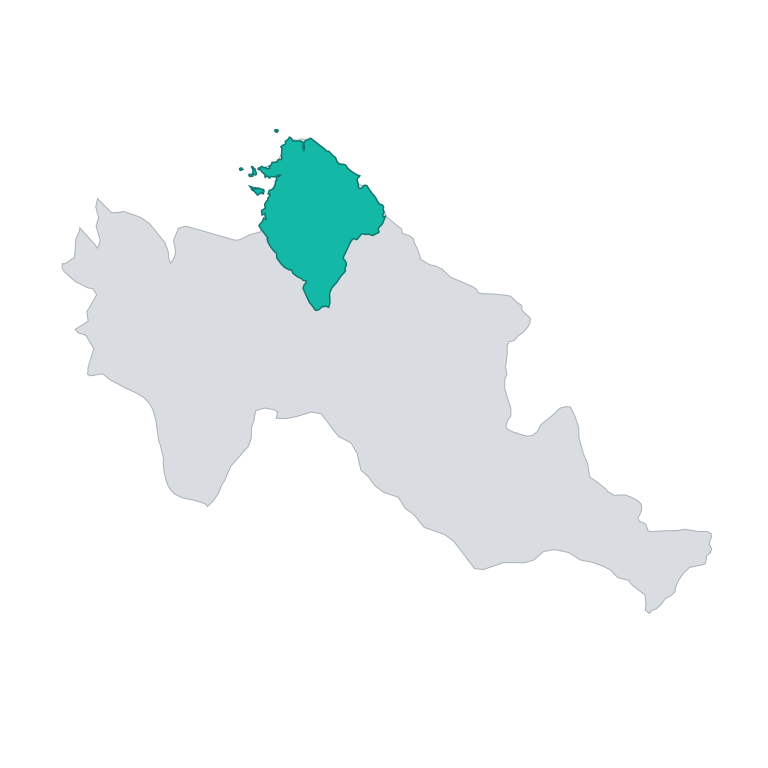 where P'yŏngan-bukto sits in North Korea, rotated 81°
{"feature_id": "PRK-3312", "entity_name": "P'yŏngan-bukto", "entity_type": "Province", "adm_level": 1, "iso_a3": "PRK", "parent_name": "North Korea", "parent_adm1": "", "projection": "orthographic", "projection_center": [125.079, 40.04], "detail": "fine", "context": "in_parent", "style": "filled", "palette": "teal", "viewbox_px": 768, "rotation_deg": 81, "n_neighbors": 0, "source": "natural_earth", "source_scale": "10m", "svg_char_len": 8603}
<svg xmlns="http://www.w3.org/2000/svg" viewBox="0 0 768 768"><g transform="rotate(81 384 384)"><path d="M477.3,577.6L474.3,579.4L469.4,589.0L464.9,601.0L460.3,607.6L455.0,611.4L449.2,613.7L437.5,615.0L427.0,614.5L423.5,613.3L409.0,614.5L404.9,615.4L384.0,615.0L373.2,616.3L366.3,618.7L359.3,623.7L353.4,631.1L348.2,639.0L337.5,653.3L329.9,660.4L330.0,670.3L329.9,673.4L327.3,675.5L326.3,674.6L321.8,673.9L303.8,665.1L289.2,670.9L285.6,678.1L281.7,680.5L275.7,666.4L266.1,666.1L250.9,653.8L244.4,656.4L242.7,661.4L234.5,672.9L222.9,682.4L219.1,683.7L214.8,683.0L215.4,680.4L210.6,669.8L192.2,665.5L185.6,661.0L182.2,660.0L200.2,648.2L204.9,646.0L201.4,643.3L197.5,641.9L182.8,643.7L175.1,639.8L163.9,641.0L156.1,637.9L172.3,626.3L173.0,619.5L172.8,614.3L181.0,598.8L189.2,590.3L210.3,578.2L219.5,576.5L226.1,576.9L231.6,575.8L225.8,571.1L220.2,569.0L209.3,569.5L198.0,562.6L197.0,555.2L218.7,508.6L219.0,504.4L215.6,493.1L214.4,482.1L198.9,475.8L192.0,475.0L172.1,462.6L164.1,456.3L161.0,458.1L160.4,468.1L157.5,470.3L152.3,472.2L149.7,460.8L145.5,452.5L132.4,444.1L127.7,439.4L130.0,429.5L128.9,428.6L131.1,417.5L139.2,408.9L159.0,393.6L164.1,386.5L174.1,378.0L178.6,378.2L183.2,377.5L184.6,373.8L185.7,370.9L189.7,368.2L199.2,363.6L210.1,357.4L218.8,355.6L229.4,346.4L233.7,342.3L238.0,342.3L239.2,340.4L241.6,335.6L245.0,332.4L249.6,331.8L257.3,329.5L266.9,328.0L273.4,320.2L275.5,314.6L279.8,308.5L288.9,301.7L295.0,291.8L301.8,281.1L305.1,277.6L308.4,276.9L310.2,272.8L312.3,261.5L315.3,250.4L317.1,245.2L324.9,239.4L326.9,236.6L328.7,235.6L332.4,236.3L337.3,232.9L341.9,229.1L346.2,230.3L350.6,233.3L355.3,239.3L357.4,244.1L361.1,248.0L361.9,253.9L365.6,256.4L373.2,257.5L385.8,261.2L393.9,261.2L398.6,264.1L408.3,265.5L427.5,262.5L435.4,263.7L438.9,267.2L443.9,270.0L447.0,270.1L451.1,264.9L455.4,256.5L458.1,250.1L457.8,245.2L455.0,239.9L448.5,235.2L444.1,227.6L439.8,219.8L437.4,217.3L435.4,213.5L434.8,207.6L436.0,203.5L445.5,200.5L457.6,198.5L467.6,199.8L484.0,198.0L494.0,195.4L501.6,195.4L508.5,195.1L511.4,191.6L520.6,182.9L525.2,179.8L530.0,174.0L530.5,168.2L531.3,163.4L533.9,158.3L538.7,151.8L542.8,148.8L547.6,148.9L552.7,151.5L556.1,154.2L559.6,153.2L562.4,148.2L564.3,147.1L570.0,146.4L571.6,143.3L573.0,128.9L574.6,117.5L574.6,109.5L579.0,96.2L580.1,88.2L582.9,84.3L586.4,84.4L589.5,86.6L593.3,87.7L598.1,86.2L601.6,88.0L604.0,92.1L611.5,94.6L612.3,96.7L613.0,110.9L617.4,117.4L623.1,123.1L630.8,128.1L634.8,129.1L637.4,132.9L640.0,139.5L645.7,145.7L648.7,150.3L649.6,155.3L652.2,157.9L648.2,161.3L642.6,159.8L633.3,159.2L622.2,169.7L615.9,173.5L611.9,183.3L603.0,189.6L598.3,195.9L592.4,206.8L588.7,217.2L579.3,228.1L574.2,241.5L574.4,252.7L581.4,263.8L582.5,273.5L579.1,293.8L582.8,315.0L580.4,323.5L550.2,339.7L542.4,347.3L531.9,366.8L518.3,374.5L509.9,382.6L498.1,387.6L490.9,401.3L482.8,409.1L472.9,414.1L465.5,420.3L448.7,421.3L436.9,425.8L428.7,437.2L403.5,450.7L400.3,460.4L402.4,475.1L402.9,486.5L400.9,495.9L395.2,493.4L392.2,496.5L389.1,505.3L390.3,515.1L399.2,518.0L406.6,521.8L416.8,523.6L424.5,527.9L441.2,548.2L454.7,556.8L458.2,560.1L465.9,564.4L473.1,571.3L477.3,577.6ZM175.2,481.0L170.4,484.2L170.1,478.5L173.9,473.7L177.8,473.1L175.2,481.0Z" fill="#d9dde1" stroke="#a8b0b8" stroke-width="1"/><path d="M218.5,358.8L218.8,357.9L218.6,356.5L218.6,356.4L224.6,359.9L225.3,360.4L226.1,361.2L228.8,364.7L229.4,365.2L230.3,365.5L231.0,365.5L232.4,365.1L233.0,365.1L233.6,365.5L233.9,366.3L234.4,368.8L234.6,369.2L235.2,370.6L235.4,371.2L235.4,371.8L235.3,372.4L235.1,373.0L234.8,373.6L233.9,375.2L233.8,375.5L233.7,375.6L233.4,378.8L233.2,379.4L232.6,380.7L232.4,381.3L232.4,381.9L232.5,382.5L232.7,383.1L233.0,383.6L236.5,387.4L236.9,387.9L237.0,388.5L236.9,389.1L236.5,389.7L236.1,390.2L235.8,390.8L235.7,391.4L236.0,392.1L236.6,392.9L239.4,395.5L249.3,402.1L250.7,403.3L251.4,403.8L252.2,404.1L253.4,404.3L254.3,404.2L254.9,404.0L256.1,403.2L257.3,402.7L258.5,402.4L259.8,402.4L260.5,402.5L261.3,402.8L262.3,403.6L263.2,404.2L264.3,404.4L265.4,404.4L266.0,404.4L266.7,404.8L268.2,406.4L270.5,409.5L276.2,414.7L279.9,419.3L281.1,420.6L284.9,423.0L286.7,423.7L294.6,424.6L296.3,425.1L299.6,426.6L298.5,428.5L298.4,428.6L298.2,429.4L298.1,430.7L298.0,432.1L298.1,432.7L298.3,433.3L300.2,436.4L300.5,437.1L300.6,437.7L300.7,438.4L300.7,439.1L300.6,439.8L300.1,440.4L299.2,441.0L297.3,441.7L291.3,445.1L277.7,448.8L277.0,448.9L276.4,448.8L275.7,448.6L275.2,448.3L274.0,447.5L273.4,447.1L271.4,444.8L270.9,444.6L270.4,444.6L269.8,445.3L269.5,445.9L269.3,446.6L269.2,447.2L269.1,447.6L268.9,447.8L268.4,448.2L267.3,448.8L266.3,449.9L265.3,451.7L264.6,452.6L263.0,454.1L261.4,455.8L260.8,456.3L260.1,456.7L257.4,457.3L256.9,457.8L256.7,458.2L256.7,458.6L256.7,458.9L256.5,459.5L256.1,460.3L253.3,464.0L249.2,466.9L244.0,469.6L242.5,470.1L241.0,470.0L239.2,469.7L238.5,469.8L237.8,470.0L236.1,471.5L231.7,474.1L226.7,476.2L222.2,476.9L222.2,477.1L221.6,475.6L220.3,476.6L211.4,481.4L209.5,482.0L208.8,482.5L208.0,482.7L207.2,482.2L205.0,479.4L204.6,479.1L203.8,478.1L202.3,477.7L201.5,476.9L202.7,474.9L196.9,474.9L197.2,475.6L197.8,477.3L198.1,478.0L194.3,478.0L193.4,477.7L193.2,477.2L193.1,476.4L192.8,475.7L192.3,474.8L192.1,474.1L191.8,473.6L190.7,473.5L189.4,473.8L188.6,473.8L187.5,473.5L186.8,473.0L184.9,471.3L184.6,470.7L184.3,470.0L183.7,469.8L182.9,469.8L182.2,469.6L179.8,467.0L178.9,466.9L178.1,468.8L177.1,468.0L175.9,467.6L174.9,467.0L174.2,463.7L173.2,462.3L171.9,461.2L170.5,460.4L169.1,459.9L167.2,459.6L166.5,459.3L166.2,458.3L163.7,458.1L162.8,457.4L162.5,454.8L161.6,453.5L161.1,454.7L161.1,455.8L161.4,456.8L161.9,457.7L162.4,459.0L162.0,460.2L161.9,461.6L161.4,462.6L161.5,463.7L162.5,464.1L162.2,465.8L161.1,465.9L160.2,466.6L160.6,467.7L161.4,468.9L160.6,469.2L159.0,468.6L157.2,469.7L155.5,471.4L153.2,472.5L152.5,474.4L152.2,474.9L151.0,474.1L151.1,473.6L151.2,473.3L151.5,472.5L150.9,472.4L150.6,472.2L150.4,471.8L149.9,470.6L151.5,468.8L151.8,466.8L152.9,466.1L153.3,464.5L153.1,463.0L152.5,462.9L151.8,463.4L151.1,463.4L150.8,462.9L150.2,461.6L149.9,461.0L149.1,460.5L148.4,460.3L147.8,460.0L147.6,459.1L147.7,458.1L148.1,456.4L148.2,455.3L147.8,454.7L146.2,453.9L145.8,453.0L146.2,450.7L146.1,449.9L145.3,449.6L142.3,449.5L135.0,448.0L134.6,448.1L134.3,448.5L133.9,448.7L133.5,448.7L133.2,448.3L132.8,447.4L132.6,447.2L132.3,446.8L132.0,444.7L131.7,444.1L131.2,443.8L128.8,443.4L127.7,441.0L127.1,440.2L126.5,439.6L125.9,439.1L125.4,438.8L126.3,437.4L127.4,436.8L128.6,436.5L129.5,435.8L130.1,434.2L130.7,428.8L132.7,426.0L135.1,426.4L137.8,427.4L140.7,426.6L138.9,425.7L135.0,425.5L133.1,425.1L131.5,423.7L130.9,421.8L130.5,419.9L129.7,418.1L131.0,416.8L143.3,405.3L143.6,405.1L144.5,404.9L145.0,404.5L145.1,404.1L145.3,402.8L145.5,402.2L146.9,401.0L150.4,398.8L151.7,397.3L153.0,396.4L157.3,395.5L159.0,394.6L159.9,392.8L160.6,390.2L161.5,387.9L162.8,387.0L164.8,386.5L166.5,385.3L170.7,381.1L173.6,377.4L174.2,376.0L174.6,375.3L175.5,376.1L176.3,377.3L176.5,377.9L177.2,378.2L178.0,378.5L180.0,378.7L182.3,378.3L184.0,378.4L185.7,378.3L187.0,377.9L187.4,376.8L186.8,375.4L185.8,374.0L184.8,372.6L184.8,371.1L185.6,369.7L187.7,368.9L189.7,368.2L191.1,367.3L193.2,366.4L194.8,365.4L196.5,364.2L198.9,363.0L201.8,362.1L204.0,361.1L205.2,360.7L205.9,359.8L206.4,358.7L207.0,357.5L208.3,356.9L209.6,356.8L210.8,357.3L212.0,357.8L213.6,357.2L214.3,357.1L215.0,357.4L216.0,358.4L216.6,358.7L218.5,358.8ZM177.1,473.4L176.7,474.1L175.6,474.6L176.5,477.0L177.7,479.4L175.8,480.5L173.3,482.0L171.5,484.2L169.8,484.5L167.8,485.6L169.3,482.7L170.5,483.2L171.1,482.0L169.9,480.8L170.0,480.2L171.0,480.1L171.1,479.7L171.3,479.1L170.9,478.8L170.9,476.8L172.3,476.0L172.2,474.4L173.2,473.5L173.1,472.5L174.7,472.3L177.1,473.4ZM156.5,480.0L155.5,480.7L154.3,480.7L152.8,479.7L149.3,480.7L149.0,480.9L148.6,480.7L148.7,480.0L149.4,479.5L150.2,479.0L151.6,477.7L152.0,477.9L153.2,477.7L155.3,477.1L156.8,477.2L157.4,478.0L157.2,479.0L156.5,480.0ZM156.5,482.0L157.0,481.1L158.0,480.9L158.2,481.6L158.2,482.9L158.0,484.0L157.4,484.7L156.2,484.7L155.8,484.2L156.2,483.2L156.0,482.7L156.5,482.0ZM116.1,450.5L116.5,450.0L116.4,449.6L116.6,449.6L116.8,449.4L116.7,449.2L116.9,449.0L117.2,448.9L117.4,448.9L117.6,449.1L117.8,449.3L117.9,449.8L118.3,449.9L118.2,450.2L118.2,450.4L118.5,450.5L118.5,450.8L118.4,451.1L118.1,451.2L117.9,451.5L117.4,451.5L117.2,451.9L117.1,452.2L116.8,452.2L116.7,452.0L116.2,451.9L115.8,451.8L115.8,451.3L115.9,450.8L116.1,450.5ZM148.6,492.8L148.3,491.8L148.3,490.9L149.1,490.6L150.0,489.8L150.2,490.7L150.2,490.8L150.4,491.2L150.5,492.5L149.5,493.0L149.1,493.1L148.6,492.8Z" fill="#14b8a6" stroke="#0f766e" stroke-width="1.5"/></g></svg>